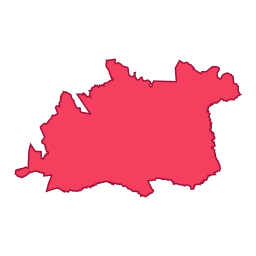 Rosario, Chihuahua, Mexico
{"feature_id": "50627088B90128924011430", "entity_name": "Rosario", "entity_type": "district", "adm_level": 2, "iso_a3": "MEX", "parent_name": "Mexico", "parent_adm1": "Chihuahua", "projection": "mercator", "projection_center": [-106.293, 27.279], "detail": "fine", "context": "isolated", "style": "filled", "palette": "rose", "viewbox_px": 256, "rotation_deg": 0, "n_neighbors": 0, "source": "geoboundaries", "source_scale": "gbopen_adm2", "svg_char_len": 5802}
<svg xmlns="http://www.w3.org/2000/svg" viewBox="0 0 256 256"><path d="M53.9,188.8L58.2,188.0L64.8,192.2L64.2,191.1L68.5,191.9L69.5,190.0L73.8,191.1L75.0,190.4L75.5,190.9L76.9,191.2L79.3,190.6L79.5,190.2L80.2,190.6L81.3,190.1L82.0,189.0L82.8,188.9L83.4,188.2L83.2,187.7L85.3,187.4L86.7,187.9L86.6,187.0L87.4,186.7L89.7,186.7L90.7,187.6L91.0,186.2L92.5,186.2L92.2,185.3L92.5,185.0L93.3,185.1L93.8,185.8L95.0,184.8L96.1,184.8L96.1,183.8L96.8,184.0L97.8,183.0L98.5,183.4L99.7,182.3L100.3,183.0L102.7,181.8L103.4,181.9L103.6,182.3L105.9,181.1L106.8,181.8L107.6,181.3L109.2,182.5L109.9,182.0L109.9,182.8L110.4,183.1L111.5,182.7L111.8,184.1L112.2,184.3L113.1,183.3L113.6,184.4L114.5,183.4L115.9,183.3L117.2,184.2L118.7,183.9L119.4,184.4L121.4,184.1L123.2,186.5L124.3,185.8L125.8,186.3L127.4,187.6L127.9,188.6L131.2,189.5L131.5,190.4L133.2,191.4L134.2,191.6L135.0,191.1L136.9,191.7L137.8,191.4L138.3,192.0L138.2,193.2L140.9,194.5L140.8,196.1L142.6,195.4L145.2,196.7L147.6,195.4L147.7,194.8L148.7,194.7L149.2,193.5L150.6,193.5L150.7,193.1L152.0,192.9L153.4,191.0L153.4,190.2L152.2,189.7L147.8,180.9L155.4,179.9L155.5,178.7L156.3,178.2L160.9,178.4L161.5,179.1L162.5,179.0L163.1,179.4L163.7,179.0L164.4,179.3L166.5,179.2L168.1,180.2L169.4,179.8L171.5,180.0L172.0,181.3L173.9,182.3L173.0,183.0L173.5,184.2L176.6,183.5L176.9,183.9L178.8,184.2L179.3,184.8L181.9,184.5L182.5,185.2L184.0,185.4L184.4,185.9L186.9,184.9L187.8,185.0L190.7,186.6L191.1,189.1L193.9,188.8L193.8,187.7L194.6,186.6L194.4,185.4L195.1,185.2L195.2,184.7L197.2,184.2L198.5,184.5L199.4,184.0L200.2,184.5L200.7,183.0L201.6,183.4L202.6,183.1L202.4,182.6L202.9,182.3L202.6,182.0L203.1,181.6L203.7,181.8L204.1,181.3L204.2,180.7L203.7,180.5L203.7,180.0L206.0,180.2L206.9,179.6L207.4,177.6L208.0,177.2L208.2,175.5L209.2,175.4L210.0,175.9L211.1,174.9L215.4,174.5L214.1,172.7L216.9,171.8L217.8,170.6L219.4,170.9L220.2,169.0L219.8,165.3L219.1,165.0L219.2,164.2L218.5,163.4L218.7,162.8L218.0,161.8L218.0,161.1L216.5,159.5L216.6,158.5L215.8,157.9L215.6,156.5L215.2,156.3L215.5,155.8L215.0,155.3L215.4,154.0L214.3,152.1L214.7,150.3L213.0,148.2L211.7,148.1L212.0,147.0L214.8,146.2L214.9,145.0L214.1,144.0L214.4,143.0L213.5,142.6L213.6,141.7L212.8,141.8L212.6,141.0L212.0,140.6L212.1,139.5L212.6,139.3L213.9,139.5L214.8,138.1L214.1,137.4L214.4,136.8L213.8,136.4L213.8,135.3L213.3,135.2L213.8,134.3L213.6,133.2L213.1,133.3L212.8,132.5L212.1,132.9L212.2,132.3L211.5,131.8L211.5,131.2L210.0,130.9L209.7,130.3L210.4,130.1L210.4,129.6L211.0,128.9L210.5,128.4L211.2,127.8L211.2,126.2L210.4,126.0L210.2,125.4L211.2,125.2L211.2,124.9L210.7,124.5L211.7,123.6L211.2,122.6L210.5,122.5L210.7,122.0L209.9,120.5L210.3,120.5L210.6,119.8L208.6,116.5L209.1,116.2L209.2,114.9L210.0,113.8L209.2,113.5L208.4,112.2L207.3,111.8L207.5,111.3L208.2,111.1L207.4,110.6L208.0,110.2L207.9,108.8L208.4,108.1L208.0,107.0L209.7,106.4L210.0,105.6L210.8,105.4L210.6,104.7L211.1,103.8L212.4,104.7L213.0,103.7L214.8,102.6L215.6,103.0L217.1,103.0L217.8,102.0L218.9,101.6L221.0,98.9L221.9,98.8L223.7,100.6L225.2,100.4L226.4,101.2L227.2,101.1L228.0,100.1L229.8,99.4L234.0,99.8L235.3,97.8L236.8,97.8L237.7,96.0L240.6,94.6L239.7,93.9L238.3,91.2L238.2,86.5L236.8,85.0L236.9,84.4L236.5,84.0L234.5,83.6L233.4,82.6L233.5,80.2L232.8,76.1L231.5,75.7L231.3,74.8L227.2,73.0L223.7,74.4L222.6,75.2L221.0,78.2L220.2,79.1L217.8,77.5L217.0,75.9L217.3,72.6L218.9,70.3L219.2,68.4L217.9,67.3L216.0,66.6L214.5,66.9L213.8,66.6L212.4,66.7L206.4,71.6L204.3,71.9L203.1,71.5L201.6,72.0L200.9,73.7L193.4,69.1L194.0,68.6L193.9,68.1L191.1,65.0L188.5,64.0L187.9,63.0L186.4,62.3L183.8,63.3L179.5,60.7L175.4,68.0L176.4,81.7L153.6,81.1L153.4,82.1L151.8,83.8L152.2,86.0L151.6,86.6L150.7,86.7L149.6,86.1L149.4,85.3L150.3,83.8L150.5,82.1L148.2,80.4L147.5,80.1L144.9,81.0L143.7,80.9L142.5,79.5L142.2,77.7L141.3,77.2L139.0,79.5L137.7,80.0L136.8,79.7L135.1,76.4L134.7,73.6L135.4,72.9L135.3,72.6L134.2,72.9L134.3,75.3L133.0,76.5L132.3,76.8L129.7,75.8L128.6,73.7L128.1,68.7L127.5,67.4L123.0,66.3L120.7,64.1L117.9,62.6L116.6,63.6L115.4,63.7L114.8,61.4L115.5,60.4L115.0,59.4L113.6,59.3L110.5,60.2L109.2,59.9L107.5,60.8L106.5,60.3L106.7,63.0L106.2,63.2L106.2,66.6L109.2,70.9L109.7,74.0L110.8,75.4L110.7,76.5L111.7,77.8L111.7,78.4L113.2,78.9L112.4,80.2L111.9,79.8L110.4,80.5L106.8,83.0L104.7,83.0L103.9,84.0L104.0,84.7L103.6,85.1L103.8,85.9L103.0,85.7L102.2,84.8L101.5,85.9L99.6,85.2L98.7,87.4L97.9,87.0L97.3,85.3L96.4,85.7L94.9,85.3L94.8,86.3L93.9,86.8L93.7,87.5L92.2,87.4L92.2,88.0L91.4,89.1L91.9,89.8L89.3,90.8L90.3,91.6L89.5,95.3L90.3,96.9L89.3,96.4L86.6,96.8L86.3,95.4L84.9,94.5L84.3,93.5L83.5,93.0L83.0,93.5L83.3,94.7L83.0,95.0L81.5,94.2L77.1,94.2L90.3,113.8L81.2,112.4L79.8,109.7L80.3,108.9L80.1,108.1L79.4,107.8L78.1,108.6L76.1,106.8L74.0,102.1L74.0,100.8L71.7,98.3L70.8,94.7L66.1,92.0L64.7,92.0L63.3,91.6L63.4,92.4L62.5,93.7L61.8,94.2L61.6,95.3L60.8,96.2L61.2,96.6L60.7,96.9L60.9,98.2L60.3,99.0L61.1,99.5L60.5,101.3L60.1,101.4L59.2,102.6L59.5,104.8L58.8,105.4L59.4,106.4L56.5,106.0L55.5,107.5L57.5,112.6L57.0,114.4L55.4,114.8L55.0,115.6L52.3,115.2L50.9,118.9L49.1,120.3L48.9,121.0L48.1,121.7L47.5,122.9L46.8,123.3L46.5,124.1L44.4,123.4L40.5,126.6L40.5,127.9L44.7,137.3L41.9,141.0L41.8,142.2L42.3,143.1L45.0,144.5L45.2,146.9L45.7,147.1L45.5,148.3L46.7,151.4L48.1,152.0L48.2,153.5L46.4,153.5L46.1,155.1L44.9,155.3L44.7,156.4L44.1,157.0L43.3,159.1L41.4,158.2L41.1,151.7L35.3,151.3L30.5,144.3L29.0,151.0L28.2,168.1L25.4,167.1L24.6,167.8L22.4,168.6L20.1,168.8L18.8,170.6L18.1,169.4L15.8,170.4L15.4,173.9L16.5,174.6L18.0,176.5L19.9,176.5L21.4,177.6L23.1,177.0L23.8,176.3L25.0,176.2L26.1,175.0L26.8,175.1L27.4,174.0L28.8,173.6L29.3,173.1L29.5,171.9L31.4,172.3L34.5,171.1L37.3,171.2L38.2,171.8L38.8,171.5L39.9,172.5L43.9,173.1L43.8,175.9L51.8,175.1L48.7,183.3L46.5,191.3L53.9,188.8Z" fill="#f43f5e" stroke="#9f1239" stroke-width="1.5"/></svg>